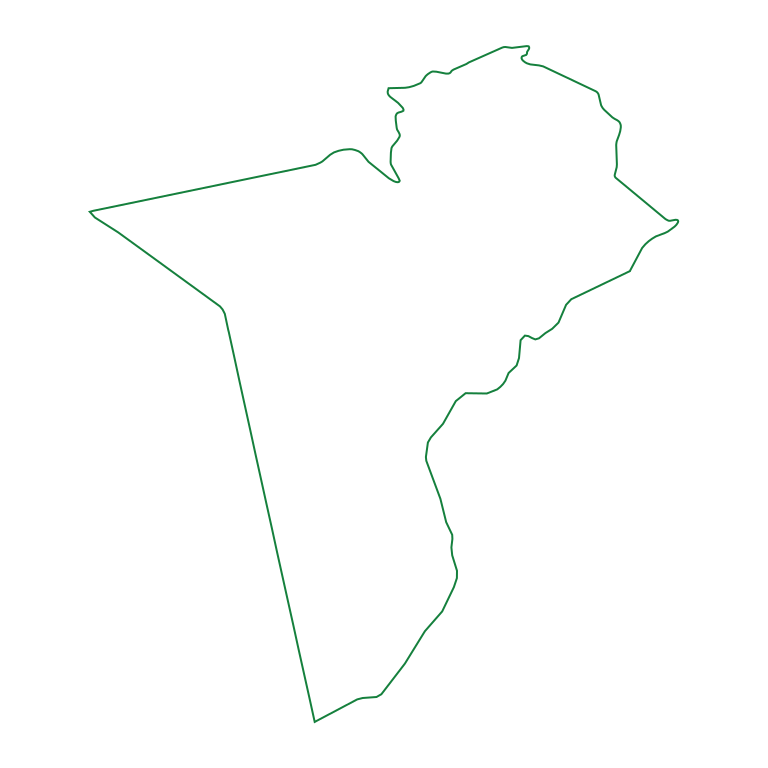 the Governorate of Tataouine
{"feature_id": "TUN-98", "entity_name": "Tataouine", "entity_type": "Governorate", "adm_level": 1, "iso_a3": "TUN", "parent_name": "Tunisia", "parent_adm1": "", "projection": "mercator", "projection_center": [10.291, 31.745], "detail": "fine", "context": "isolated", "style": "outline", "palette": "green", "viewbox_px": 768, "rotation_deg": 0, "n_neighbors": 0, "source": "natural_earth", "source_scale": "10m", "svg_char_len": 2847}
<svg xmlns="http://www.w3.org/2000/svg" viewBox="0 0 768 768"><path d="M629.9,271.1L571.3,299.2L566.1,304.8L558.5,322.6L552.2,328.8L545.4,333.1L539.0,338.3L535.3,339.4L531.9,338.0L528.4,336.1L524.9,335.6L520.6,340.2L519.0,358.1L516.6,365.5L508.6,373.0L505.4,380.7L503.1,384.0L500.3,386.9L497.2,389.4L486.8,393.5L465.6,393.2L455.8,401.1L443.0,423.8L430.9,437.4L427.9,442.5L425.9,457.0L426.3,460.8L440.4,498.8L446.2,522.2L452.2,534.8L452.4,538.9L451.4,547.4L452.2,555.3L457.0,570.8L456.9,578.1L453.9,587.1L442.2,611.4L424.9,631.2L404.9,663.6L381.4,694.2L376.5,697.0L362.7,698.0L357.2,699.4L314.7,721.9L309.4,697.8L304.0,673.6L298.6,649.4L293.3,625.1L287.9,600.9L282.5,576.6L277.1,552.3L271.8,527.9L266.4,503.6L261.0,479.1L255.6,454.7L250.3,430.3L244.9,405.8L239.5,381.3L234.2,356.7L228.8,332.1L228.2,329.8L224.8,313.8L222.6,309.5L220.0,306.4L188.1,283.2L148.5,254.4L118.2,232.4L94.9,217.5L89.8,211.8L93.3,210.8L315.6,164.8L320.4,162.6L322.4,161.4L330.1,154.8L334.0,152.4L338.6,150.8L343.6,149.7L349.7,149.2L352.1,149.3L355.0,150.0L358.4,151.2L360.0,152.2L361.7,153.5L362.5,154.3L368.5,161.8L388.9,178.3L393.6,181.1L395.7,181.9L396.7,182.1L397.6,182.2L398.4,182.1L399.2,181.7L399.7,180.8L399.1,179.3L398.6,178.2L391.1,164.7L390.8,163.8L390.6,161.9L390.9,152.8L391.5,148.1L391.9,147.2L392.4,146.3L397.2,140.6L399.4,137.0L399.7,136.2L399.8,135.1L399.5,133.9L398.5,131.9L397.1,129.6L396.7,127.9L395.8,120.7L395.6,116.6L395.8,115.7L396.1,114.9L396.5,114.1L397.0,113.4L397.8,112.9L398.6,112.5L400.9,111.9L402.6,111.2L403.4,110.7L403.5,109.5L402.7,107.8L398.1,102.9L390.4,97.0L389.4,96.0L388.6,95.0L387.9,93.7L387.7,92.4L387.7,91.4L388.6,88.2L405.0,87.8L409.1,87.2L413.8,85.9L420.3,83.2L421.1,82.6L421.7,81.9L425.6,76.2L426.6,75.2L427.9,74.1L430.3,72.5L431.6,71.8L432.8,71.5L436.3,71.7L446.0,73.6L448.3,73.6L449.6,73.2L450.5,72.5L451.7,70.8L453.5,69.6L466.4,64.0L468.9,62.4L502.2,47.6L503.8,47.1L505.4,47.0L512.0,47.9L526.7,46.1L528.6,46.3L529.1,47.1L529.2,47.8L529.1,48.6L528.7,49.4L527.2,51.7L527.0,52.6L527.0,53.4L526.7,54.2L526.2,54.9L522.4,56.2L521.8,56.9L521.6,57.6L521.6,58.5L522.0,59.3L522.5,60.1L523.3,60.9L525.1,62.3L526.9,63.3L530.3,64.4L539.0,65.4L543.2,66.4L595.6,91.2L596.7,91.9L597.5,92.7L598.0,93.4L598.4,94.1L598.6,94.6L601.1,105.2L601.7,106.4L602.8,108.2L604.3,109.9L612.3,117.3L614.7,118.9L617.0,120.1L618.3,121.0L619.3,121.9L619.8,122.7L620.2,123.5L620.7,125.0L620.8,125.8L620.8,127.4L620.2,131.2L619.1,134.9L616.7,141.4L616.4,143.1L616.2,145.0L616.9,164.4L616.7,167.2L614.9,174.2L614.7,175.1L614.7,175.9L615.0,176.8L615.6,177.7L665.5,219.1L667.3,220.1L668.6,220.7L670.0,220.8L675.4,219.8L677.0,219.9L677.9,220.4L678.2,221.3L678.0,222.2L677.5,223.2L676.3,224.9L674.6,226.6L667.8,231.6L664.9,233.0L655.9,236.4L652.1,238.7L648.7,241.2L645.4,244.2L642.2,247.9L629.9,271.0L629.9,271.1Z" fill="none" stroke="#15803d" stroke-width="2"/></svg>